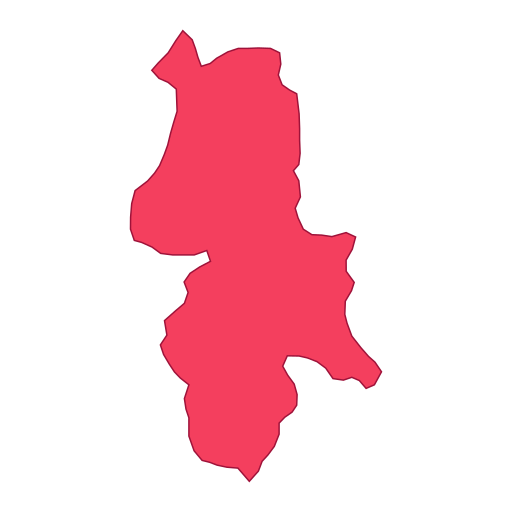 outline of Entre Folhas, Minas Gerais, Brazil
{"feature_id": "56859067B8207809670025", "entity_name": "Entre Folhas", "entity_type": "district", "adm_level": 2, "iso_a3": "BRA", "parent_name": "Brazil", "parent_adm1": "Minas Gerais", "projection": "natural_earth1", "projection_center": [-42.24, -19.656], "detail": "fine", "context": "isolated", "style": "filled", "palette": "rose", "viewbox_px": 512, "rotation_deg": 0, "n_neighbors": 0, "source": "geoboundaries", "source_scale": "gbopen_adm2", "svg_char_len": 1607}
<svg xmlns="http://www.w3.org/2000/svg" viewBox="0 0 512 512"><path d="M249.3,481.3L258.4,471.1L262.1,461.3L267.8,455.1L274.3,446.4L279.1,434.2L279.1,423.1L284.8,417.2L292.1,412.1L296.7,405.2L297.1,394.6L294.2,384.1L287.7,375.2L282.7,366.2L287.3,355.8L299.1,356.0L307.4,357.9L317.1,361.7L325.7,368.1L333.0,378.6L343.4,380.1L351.8,377.3L359.3,380.5L366.1,388.4L374.4,384.8L381.5,371.8L375.0,362.2L368.5,356.4L360.9,347.7L351.8,336.1L347.0,323.1L344.8,314.4L345.3,301.2L351.5,290.7L354.2,282.4L346.2,271.3L346.1,260.1L352.3,249.2L355.6,237.0L346.1,232.6L331.9,236.6L321.6,235.1L311.9,234.7L303.3,229.2L298.0,217.8L295.2,208.2L300.4,196.9L298.8,180.8L293.4,170.7L298.8,164.5L300.1,153.3L299.6,140.3L299.6,128.7L299.1,113.8L296.7,93.8L289.7,90.1L282.1,84.8L278.3,75.0L280.8,64.1L279.6,52.8L270.5,48.4L258.4,48.0L247.7,48.4L238.3,48.4L228.0,51.8L216.7,58.2L210.2,63.5L201.3,66.3L197.9,57.3L195.4,48.6L192.2,39.8L182.8,30.7L175.8,40.7L168.2,52.8L158.3,62.9L151.8,70.3L159.1,78.4L168.0,82.3L176.3,89.1L177.1,111.3L173.7,122.4L170.6,133.2L167.7,145.1L164.3,154.5L159.6,165.6L154.6,173.1L147.6,181.0L135.1,190.6L131.7,203.6L130.6,217.2L130.5,229.2L134.3,240.4L141.6,242.4L152.1,247.1L160.7,253.4L172.6,254.9L182.8,254.9L194.3,254.9L206.8,250.5L210.5,261.3L199.8,266.9L190.1,273.3L184.1,282.0L188.1,292.5L184.4,303.3L175.8,310.6L164.5,320.6L166.9,335.1L160.4,344.9L163.6,354.5L169.3,364.1L174.5,372.0L180.4,378.1L188.9,384.8L184.4,398.6L186.0,409.1L188.9,417.8L188.9,436.1L194.1,450.8L202.1,460.4L209.7,462.3L217.0,465.1L226.9,467.2L237.9,468.1L249.3,481.3Z" fill="#f43f5e" stroke="#9f1239" stroke-width="1.5"/></svg>